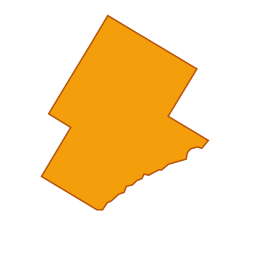 Redwood, Minnesota, United States of America (Natural Earth projection), rotated 121°
{"feature_id": "52423323B50406906000435", "entity_name": "Redwood", "entity_type": "district", "adm_level": 2, "iso_a3": "USA", "parent_name": "United States of America", "parent_adm1": "Minnesota", "projection": "natural_earth1", "projection_center": [-95.193, 44.447], "detail": "fine", "context": "isolated", "style": "filled", "palette": "amber", "viewbox_px": 256, "rotation_deg": 121, "n_neighbors": 0, "source": "geoboundaries", "source_scale": "gbopen_adm2", "svg_char_len": 552}
<svg xmlns="http://www.w3.org/2000/svg" viewBox="0 0 256 256"><g transform="rotate(121 128 128)"><path d="M42.0,203.2L73.0,203.1L128.1,203.3L153.8,203.3L156.7,203.3L157.0,177.4L214.1,177.2L214.1,112.6L211.2,107.7L202.7,107.3L199.2,104.8L189.7,101.9L185.1,98.2L178.8,99.3L174.5,94.9L168.6,93.4L164.2,90.1L159.2,90.5L157.8,85.9L154.8,84.2L147.8,79.9L146.8,77.6L138.4,74.8L124.7,62.1L118.8,64.4L113.9,63.8L108.5,58.9L107.4,54.3L97.3,52.7L97.3,99.6L41.9,99.4L42.0,150.9L42.1,177.0L42.0,203.2Z" fill="#f59e0b" stroke="#b45309" stroke-width="1.5"/></g></svg>